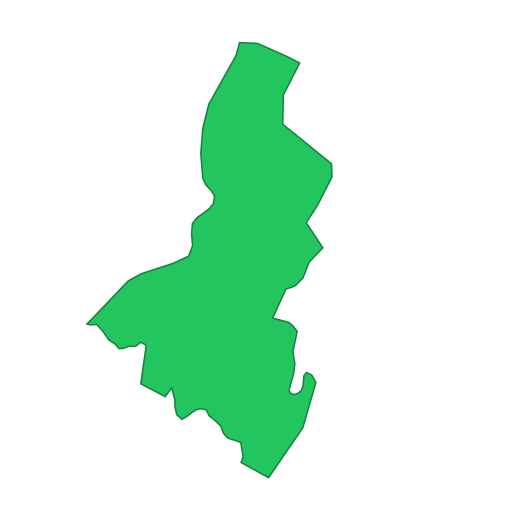 Apes, Robinson projection, rotated 297°
{"feature_id": "LVA-5782", "entity_name": "Apes", "entity_type": "Municipality", "adm_level": 1, "iso_a3": "LVA", "parent_name": "Latvia", "parent_adm1": "", "projection": "robinson", "projection_center": [26.461, 57.451], "detail": "fine", "context": "isolated", "style": "filled", "palette": "green", "viewbox_px": 512, "rotation_deg": 297, "n_neighbors": 0, "source": "natural_earth", "source_scale": "10m", "svg_char_len": 1230}
<svg xmlns="http://www.w3.org/2000/svg" viewBox="0 0 512 512"><g transform="rotate(297 256 256)"><path d="M175.7,153.4L175.9,153.5L187.9,161.6L212.0,185.6L225.4,196.1L236.5,194.8L246.3,188.6L256.1,184.6L263.0,185.9L276.3,192.6L283.2,194.2L290.6,191.9L294.0,186.2L296.5,179.3L301.1,173.3L322.4,160.2L345.9,150.5L370.0,145.0L425.9,147.2L438.7,144.5L446.1,160.8L447.8,192.5L447.8,207.3L411.7,207.3L385.5,220.1L380.6,243.4L372.4,281.5L360.9,287.8L329.7,287.8L308.4,285.7L293.7,311.8L274.5,306.1L257.7,307.8L248.1,304.8L244.3,302.0L240.3,297.7L208.3,299.0L211.7,315.5L210.7,320.1L207.5,326.9L187.4,332.4L177.5,339.6L168.8,342.8L151.4,346.3L149.2,349.6L149.7,352.9L152.9,355.8L156.8,357.4L161.6,356.9L171.0,353.0L175.2,353.9L175.2,359.8L170.5,366.8L124.3,375.7L64.2,367.9L65.2,336.5L71.5,335.5L82.9,327.1L82.5,322.5L80.8,313.5L83.5,307.3L88.5,301.7L90.7,294.7L92.3,286.9L96.3,281.6L95.1,276.8L92.4,273.0L87.7,270.1L82.1,267.5L76.8,264.1L78.7,257.3L84.8,252.3L90.7,249.2L100.2,240.9L89.5,238.9L89.8,211.4L126.1,198.9L126.9,196.3L126.7,192.4L120.8,189.6L117.5,183.2L113.5,179.9L111.2,175.7L113.4,171.4L114.5,162.6L119.2,154.2L122.7,145.1L119.5,140.0L118.6,136.3L175.7,153.4Z" fill="#22c55e" stroke="#15803d" stroke-width="1.5"/></g></svg>